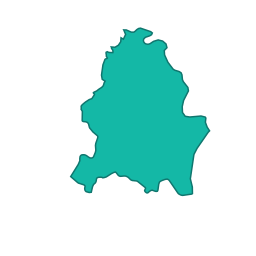 SVG path tracing the border of Viterbo, rotated 242°
{"feature_id": "ITA-5423", "entity_name": "Viterbo", "entity_type": "Province", "adm_level": 1, "iso_a3": "ITA", "parent_name": "Italy", "parent_adm1": "", "projection": "natural_earth1", "projection_center": [11.993, 42.499], "detail": "fine", "context": "isolated", "style": "filled", "palette": "teal", "viewbox_px": 256, "rotation_deg": 242, "n_neighbors": 0, "source": "natural_earth", "source_scale": "10m", "svg_char_len": 2807}
<svg xmlns="http://www.w3.org/2000/svg" viewBox="0 0 256 256"><g transform="rotate(242 128 128)"><path d="M87.2,198.7L86.6,196.8L77.6,179.4L73.7,173.8L53.9,159.2L45.7,157.1L39.4,153.9L39.5,153.9L42.8,144.7L43.3,144.0L44.0,143.2L45.4,142.2L46.3,141.7L47.2,141.5L62.4,139.8L63.2,139.5L63.8,139.2L64.4,138.7L64.9,137.6L65.3,136.1L65.7,133.0L65.7,131.4L65.4,130.3L64.9,129.8L64.0,128.8L59.3,125.4L58.8,124.9L58.4,124.3L58.6,123.5L59.2,122.5L61.7,120.2L62.1,118.8L62.0,117.8L61.9,116.9L61.7,116.2L61.5,115.4L61.6,114.6L62.1,113.9L63.4,113.3L64.3,113.2L65.1,113.4L66.3,115.0L66.9,115.3L67.5,115.2L75.9,111.6L76.5,111.3L77.1,110.8L77.5,110.3L79.6,107.2L80.4,106.5L81.2,106.0L84.2,105.1L85.4,104.4L86.5,103.5L87.0,102.8L87.5,101.9L88.8,98.8L89.2,98.3L89.6,97.8L90.0,97.6L90.5,97.3L91.1,97.1L93.7,96.7L94.4,96.5L95.1,96.1L95.4,94.5L95.5,92.0L95.0,85.9L95.4,83.7L95.9,82.3L96.6,81.9L97.0,81.4L97.7,80.2L98.3,78.8L98.5,78.0L98.4,77.1L97.9,76.3L96.5,75.3L95.6,74.5L94.9,73.5L94.3,71.1L93.5,70.0L92.9,69.2L88.5,65.4L89.1,63.8L89.4,63.3L91.4,61.2L92.2,60.9L93.1,60.8L94.6,61.2L95.4,61.7L96.6,62.7L97.4,62.8L98.6,62.3L102.7,58.3L104.0,57.7L112.0,54.6L119.2,67.0L121.7,70.1L123.8,71.2L125.4,72.4L125.9,73.4L126.0,74.3L125.8,75.0L125.5,75.7L125.2,76.3L124.8,76.9L124.3,77.5L123.1,78.4L121.2,79.3L120.0,80.0L119.3,80.6L118.8,81.3L118.4,82.5L118.5,83.4L118.8,84.1L121.8,87.7L122.8,88.6L123.6,89.2L127.9,91.1L129.6,92.4L133.6,96.7L134.5,97.3L135.2,97.4L135.9,97.2L140.9,95.2L145.8,94.2L146.6,94.2L149.9,95.0L150.8,95.0L151.6,94.9L152.3,94.5L152.8,94.1L153.3,93.6L154.5,91.8L155.0,91.3L155.5,91.0L156.2,91.1L164.1,95.5L166.7,95.4L167.0,95.8L169.3,96.9L170.1,98.7L170.9,102.7L171.3,107.1L170.9,109.9L173.2,114.0L173.7,114.3L174.5,114.0L175.3,113.9L175.6,114.8L175.4,117.6L175.9,120.2L176.2,123.7L176.7,125.5L177.3,126.4L179.2,128.3L180.1,129.8L183.1,128.1L187.1,129.4L195.5,135.5L199.4,139.9L199.5,140.4L199.3,142.2L199.4,142.6L199.9,142.7L201.2,142.5L201.7,142.6L202.5,143.1L204.3,143.7L205.1,144.2L205.1,145.5L204.1,146.2L203.3,147.2L201.7,150.0L203.0,150.9L204.4,151.1L205.8,150.8L207.2,151.3L207.4,151.3L205.4,154.4L205.6,158.4L207.6,162.1L210.9,164.2L208.6,165.6L211.7,169.8L216.4,170.3L216.6,170.3L215.4,172.5L211.0,176.0L209.9,178.1L210.1,179.9L210.7,181.8L210.9,184.0L210.3,185.9L202.4,193.3L200.5,194.1L199.3,192.6L199.2,190.4L199.9,186.0L199.3,183.8L198.1,182.7L196.7,182.3L195.1,182.5L193.8,183.3L192.5,185.0L192.1,186.9L192.5,191.3L191.6,196.0L188.5,199.4L184.4,201.0L180.6,200.1L179.4,196.4L175.3,194.6L167.3,194.1L159.0,195.4L157.2,196.3L153.8,199.7L151.8,200.8L149.6,200.6L145.2,198.8L143.0,198.6L135.7,199.9L132.4,198.8L126.3,190.1L121.4,185.9L116.1,183.4L111.5,184.0L108.7,187.7L104.3,198.1L101.4,201.3L100.2,201.4L96.7,199.0L91.5,198.3L87.2,198.7Z" fill="#14b8a6" stroke="#0f766e" stroke-width="1.5"/></g></svg>